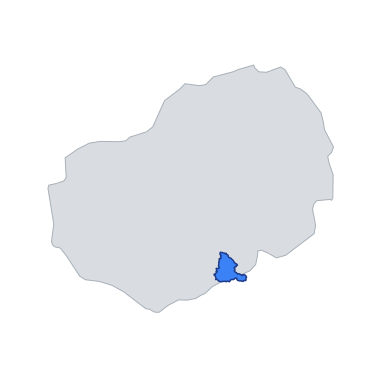 Lipkovo, Lipkovo, North Macedonia (highlighted), rotated 167°
{"feature_id": "65306769B52717367250393", "entity_name": "Lipkovo", "entity_type": "district", "adm_level": 2, "iso_a3": "MKD", "parent_name": "North Macedonia", "parent_adm1": "Lipkovo", "projection": "natural_earth1", "projection_center": [21.557, 42.166], "detail": "fine", "context": "in_parent", "style": "filled", "palette": "blue", "viewbox_px": 384, "rotation_deg": 167, "n_neighbors": 0, "source": "geoboundaries", "source_scale": "gbopen_adm2", "svg_char_len": 2806}
<svg xmlns="http://www.w3.org/2000/svg" viewBox="0 0 384 384"><g transform="rotate(167 192 192)"><path d="M173.0,98.3L179.4,99.0L193.4,95.3L202.1,90.2L206.5,89.4L212.4,87.4L220.9,87.7L229.5,89.9L240.4,87.0L251.2,82.2L255.5,83.4L260.1,87.5L263.2,88.6L281.1,110.2L290.9,119.0L302.4,125.7L315.6,130.5L320.3,135.2L328.8,158.2L332.9,167.0L338.4,169.6L339.8,172.1L340.0,175.5L333.9,191.7L331.5,228.0L329.9,230.9L323.4,230.8L314.6,231.5L311.3,234.3L307.9,253.9L293.8,259.5L281.1,262.7L270.3,262.0L251.4,257.3L245.2,256.8L239.9,259.5L223.0,260.8L215.6,264.3L198.2,287.2L180.6,295.1L174.5,299.1L161.1,294.0L154.6,293.5L145.3,299.3L124.8,299.9L119.3,300.9L103.5,301.8L102.8,298.7L99.9,294.1L92.6,291.9L77.5,293.8L73.9,290.4L67.8,271.0L62.9,267.8L57.6,261.3L48.5,240.2L48.3,230.9L48.9,222.9L44.0,204.0L47.1,199.2L51.8,196.2L51.9,188.6L50.6,177.0L56.2,154.3L57.8,152.6L59.2,153.7L72.6,155.5L76.1,152.7L78.4,148.2L79.1,131.6L82.4,123.9L114.9,109.3L124.5,108.8L131.8,115.5L137.6,119.8L141.1,119.7L142.4,115.3L146.3,107.0L153.0,102.3L172.8,98.2L173.0,98.3Z" fill="#d9dde1" stroke="#a8b0b8" stroke-width="1"/><path d="M186.1,99.2L185.5,99.0L184.5,98.3L184.1,98.1L183.0,98.0L182.8,97.9L181.8,97.9L180.8,97.7L180.2,97.6L179.7,97.5L179.5,97.4L179.3,97.2L179.2,97.1L178.8,96.9L177.9,97.1L177.0,97.0L176.7,96.8L176.6,96.7L176.4,96.7L175.9,96.2L175.2,96.5L174.8,96.9L174.5,97.3L174.0,97.6L173.6,97.8L173.1,97.8L172.5,97.7L171.8,97.5L171.5,97.5L171.1,97.4L170.8,97.4L170.3,97.8L170.2,97.9L170.1,98.0L169.8,98.1L169.4,98.2L168.2,98.3L168.1,98.2L168.0,97.9L168.0,97.1L167.8,96.5L167.4,95.6L166.2,95.0L165.9,94.8L164.9,94.5L164.6,94.5L164.2,94.4L163.7,94.1L163.0,93.6L162.4,93.5L162.1,93.5L161.9,93.6L161.6,93.9L161.1,94.0L160.8,94.0L160.3,94.0L160.0,94.0L159.9,93.7L159.4,93.8L159.0,94.5L158.9,95.1L159.0,95.3L158.9,96.0L158.5,96.4L158.0,96.7L158.1,97.2L158.3,97.9L158.5,98.3L158.8,98.6L159.1,99.1L159.2,99.3L159.2,99.5L159.3,99.9L159.2,100.0L161.2,99.4L161.5,99.9L162.4,99.6L162.5,100.1L164.4,101.7L166.1,101.9L166.7,103.2L168.2,104.6L168.5,105.6L167.9,105.9L167.6,107.3L167.9,108.3L167.5,108.2L167.4,109.1L167.0,109.4L165.7,109.4L165.3,110.5L164.3,110.5L164.5,111.5L166.5,113.5L167.2,115.9L169.1,118.8L171.1,120.3L171.1,122.0L171.7,123.3L171.7,123.1L172.4,123.5L172.6,124.5L173.7,124.5L173.8,125.0L175.6,125.7L176.2,126.3L177.9,126.8L178.5,126.0L178.3,125.8L178.7,124.7L178.0,123.5L178.5,123.1L178.6,122.4L178.5,121.4L178.9,120.9L180.0,120.9L180.1,120.5L180.5,120.6L180.9,119.3L180.7,118.9L181.8,117.5L182.0,115.8L182.7,114.6L182.8,112.7L182.5,111.9L183.9,111.5L185.4,112.1L185.7,111.7L185.5,109.4L186.2,109.2L185.7,108.5L187.2,107.4L188.4,107.0L188.4,106.6L189.0,106.6L189.0,106.1L188.1,106.2L188.0,105.9L188.3,104.9L188.0,102.5L188.5,101.5L187.4,101.4L186.1,99.2Z" fill="#3b82f6" stroke="#1e3a8a" stroke-width="1.5"/></g></svg>